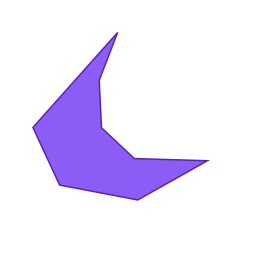 map outline of Wake Atoll (Robinson projection), rotated 116°
{"feature_id": "UMI-5179", "entity_name": "Wake Atoll", "entity_type": "state/province", "adm_level": 1, "iso_a3": "UMI", "parent_name": "United States Minor Outlying Islands", "parent_adm1": "", "projection": "robinson", "projection_center": [166.636, 19.291], "detail": "fine", "context": "isolated", "style": "filled", "palette": "violet", "viewbox_px": 256, "rotation_deg": 116, "n_neighbors": 0, "source": "natural_earth", "source_scale": "10m", "svg_char_len": 274}
<svg xmlns="http://www.w3.org/2000/svg" viewBox="0 0 256 256"><g transform="rotate(116 128 128)"><path d="M46.7,179.2L97.7,174.8L139.4,151.9L152.7,108.9L122.6,42.3L188.4,87.7L209.3,164.4L169.2,213.7L46.7,179.2Z" fill="#8b5cf6" stroke="#5b21b6" stroke-width="1.5"/></g></svg>